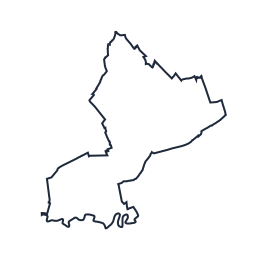 Murgeni, Vaslui, Romania, rotated 81°
{"feature_id": "2599482B64804432182882", "entity_name": "Murgeni", "entity_type": "district", "adm_level": 2, "iso_a3": "ROU", "parent_name": "Romania", "parent_adm1": "Vaslui", "projection": "robinson", "projection_center": [28.041, 46.199], "detail": "fine", "context": "isolated", "style": "outline", "palette": "slate", "viewbox_px": 256, "rotation_deg": 81, "n_neighbors": 0, "source": "geoboundaries", "source_scale": "gbopen_adm2", "svg_char_len": 5782}
<svg xmlns="http://www.w3.org/2000/svg" viewBox="0 0 256 256"><g transform="rotate(81 128 128)"><path d="M200.4,226.7L200.2,226.2L200.1,225.5L200.4,224.2L201.1,222.6L201.7,221.9L202.5,221.3L203.0,221.3L206.3,222.7L207.4,222.5L207.6,222.4L207.7,222.2L207.8,221.1L207.7,220.5L207.6,219.9L207.2,218.3L207.2,217.7L208.3,214.3L208.5,213.5L208.5,212.9L208.5,212.2L208.3,210.8L207.6,208.2L207.6,207.1L207.8,206.8L208.0,206.6L208.5,206.5L209.2,206.6L210.0,206.9L211.3,207.5L211.9,207.5L212.8,206.8L213.6,205.7L215.6,203.6L216.0,203.1L216.3,202.4L216.3,202.1L216.2,201.8L215.7,201.4L214.9,201.2L211.9,201.4L211.4,201.1L210.8,200.5L208.2,194.4L208.4,193.5L208.5,193.2L209.3,192.2L210.6,191.2L211.3,190.1L211.7,188.9L211.8,187.2L211.8,186.8L211.4,186.2L210.2,185.4L209.4,184.9L207.9,184.4L207.2,183.9L206.9,183.4L207.0,181.5L207.6,179.1L209.1,175.8L209.4,175.3L209.8,175.0L210.0,174.9L210.6,175.0L211.8,175.5L213.4,176.4L214.0,176.6L214.3,176.5L214.7,176.0L215.4,174.5L215.7,173.1L216.3,171.5L217.4,169.0L218.1,167.7L219.1,166.9L220.2,166.4L221.7,166.0L223.0,165.9L223.6,165.7L223.5,164.6L223.0,163.6L222.1,162.4L221.3,161.0L220.6,159.9L219.9,159.0L218.7,157.9L217.6,157.1L213.4,155.2L212.3,154.4L211.2,153.1L210.8,151.5L210.8,151.0L211.4,150.0L211.6,149.8L212.3,149.6L212.6,149.6L214.0,150.1L217.4,151.9L219.1,152.6L219.6,152.7L221.2,152.9L222.5,152.7L223.5,152.2L223.9,151.7L224.5,150.8L224.8,150.0L224.8,149.3L224.6,149.1L223.1,148.6L217.6,147.8L215.5,147.2L214.9,146.8L214.3,146.4L213.5,145.0L213.2,143.4L213.2,143.0L213.4,142.5L214.0,142.1L214.7,142.0L215.8,142.0L216.8,142.3L217.4,142.7L220.4,145.2L221.0,145.3L221.3,145.2L221.6,145.0L222.1,144.2L222.6,141.7L222.6,138.5L222.6,136.5L222.4,136.0L222.2,135.5L222.1,135.3L221.5,135.1L220.7,135.4L220.0,135.9L219.4,135.8L219.1,135.7L218.6,135.1L218.0,134.2L216.9,132.1L216.4,131.8L216.2,131.7L215.0,131.8L211.7,132.8L206.8,135.1L207.6,139.5L208.2,140.6L208.2,141.2L204.8,141.3L201.0,141.1L202.4,143.8L199.6,145.6L182.7,146.2L182.3,146.4L181.8,146.4L181.6,144.7L181.5,144.4L181.5,144.0L181.2,142.7L180.1,141.0L180.0,140.0L180.3,138.9L180.4,137.0L180.2,136.1L180.4,134.7L180.3,133.3L180.2,133.3L180.1,132.7L180.3,131.9L180.4,130.7L180.0,130.2L179.7,129.8L179.7,129.4L179.5,129.0L179.4,128.1L179.0,127.6L178.8,127.3L178.6,127.1L178.5,126.9L177.1,125.4L176.9,125.1L176.8,124.9L175.9,124.3L174.9,123.2L174.3,122.7L174.1,122.4L174.0,122.1L173.3,121.7L172.6,121.1L172.5,120.9L172.2,120.7L171.9,120.2L170.6,119.7L169.2,118.9L168.9,118.9L168.0,118.3L167.5,118.1L166.4,117.6L165.4,116.8L164.9,116.6L164.1,116.2L163.2,115.3L161.8,113.6L161.3,113.3L161.1,112.7L159.8,111.6L159.0,110.6L157.4,109.8L156.1,108.5L155.6,108.2L156.0,107.9L156.7,107.0L157.1,106.3L155.7,91.9L155.1,88.1L154.3,78.3L153.8,74.7L153.4,73.0L152.7,70.5L151.5,67.9L150.0,66.3L150.0,66.2L150.1,65.9L146.5,59.9L147.4,59.8L145.6,57.0L144.2,56.2L142.6,56.0L140.7,51.1L140.2,49.5L138.9,46.6L138.6,45.5L138.7,44.5L138.6,44.3L138.2,44.1L136.5,39.8L136.0,39.0L135.3,37.2L134.4,35.5L130.3,29.3L129.5,29.6L128.1,29.5L126.3,29.7L119.5,30.7L115.0,31.2L116.0,35.3L116.2,36.7L115.7,42.7L102.6,44.9L102.3,44.9L90.2,47.3L90.1,47.5L89.7,47.3L88.9,47.4L88.6,47.2L88.0,47.4L88.3,47.8L88.9,48.3L89.3,48.8L89.6,49.0L89.6,49.3L89.4,49.5L89.2,49.8L89.3,50.3L89.4,50.5L88.9,51.1L89.3,51.3L89.4,51.5L89.2,51.7L88.8,51.5L88.4,51.9L88.4,52.1L88.5,52.2L89.0,52.2L89.1,52.6L89.3,52.8L89.6,52.7L90.5,52.9L91.2,53.1L87.2,54.2L88.2,56.6L88.6,59.8L88.3,62.8L88.6,66.5L88.9,67.7L89.4,68.0L81.5,72.4L84.2,74.9L84.8,75.9L85.4,76.4L85.9,77.0L82.1,79.7L79.0,82.0L73.6,85.7L71.4,87.3L69.8,88.3L69.7,88.3L69.1,89.2L68.7,89.1L65.9,91.0L66.5,91.2L67.0,91.7L67.4,91.7L67.6,91.5L67.9,91.6L67.8,91.8L68.0,92.0L68.4,92.0L69.1,92.4L69.0,92.7L68.8,92.8L69.0,93.0L69.3,93.1L69.6,93.0L70.1,93.2L70.3,93.2L70.5,93.4L70.9,93.6L71.1,93.6L71.5,94.0L71.8,94.0L72.1,94.4L71.7,94.9L71.2,95.1L69.5,96.6L68.2,97.4L67.6,99.1L67.5,99.8L67.6,100.4L66.8,100.3L66.3,100.0L66.0,100.0L63.2,100.3L62.5,100.7L61.2,101.2L60.3,101.7L59.8,99.1L53.1,104.2L47.9,106.0L49.1,107.9L49.7,107.6L50.1,108.3L50.7,108.8L50.8,109.4L50.6,109.6L47.7,111.1L45.7,112.0L39.9,115.6L38.7,116.1L37.2,116.4L35.6,116.5L35.5,117.9L35.4,119.6L35.4,120.3L35.2,121.1L34.5,122.0L33.4,123.2L32.6,123.9L31.5,124.4L31.2,124.7L31.2,125.5L31.3,125.6L31.7,125.6L32.4,125.5L33.9,126.1L36.1,127.2L37.9,128.3L38.8,129.3L39.1,130.2L40.1,130.8L40.2,131.1L40.2,131.7L40.5,132.1L41.7,132.7L42.9,133.0L42.2,134.2L42.2,134.4L43.3,134.9L46.0,135.4L46.6,135.8L47.1,135.7L51.3,136.2L53.1,136.3L53.5,137.0L53.9,137.6L54.1,138.1L54.5,138.6L54.5,139.0L54.8,139.2L54.8,139.4L55.1,139.6L55.4,139.7L55.4,139.9L55.7,140.1L56.1,140.6L56.7,140.9L63.0,141.1L65.7,140.7L68.5,140.0L69.0,140.4L69.5,141.0L71.5,143.2L71.9,143.9L72.2,144.7L72.3,144.8L74.9,146.6L75.7,146.8L76.8,147.8L78.1,148.2L79.8,149.6L81.3,150.7L82.2,151.6L84.1,153.2L84.5,152.9L88.7,157.7L88.8,157.0L90.0,156.5L93.5,160.5L94.3,161.5L94.7,161.8L96.0,161.4L101.4,157.6L116.0,149.3L117.9,151.4L119.4,152.8L123.1,151.6L124.3,151.3L124.2,150.4L124.6,150.5L127.9,150.1L128.2,150.3L128.6,151.0L128.9,151.2L134.3,149.9L138.2,148.8L138.2,148.5L138.3,148.5L139.8,148.0L140.9,148.6L141.3,148.6L142.1,148.3L142.3,148.0L142.4,147.6L145.0,147.3L145.8,151.4L147.7,151.0L147.9,151.8L147.5,151.9L147.3,152.1L146.9,152.8L147.0,153.3L147.1,153.7L147.8,153.8L151.8,152.7L150.9,159.3L149.5,169.7L149.5,170.3L149.8,171.0L146.1,171.5L148.0,177.2L148.0,177.6L148.4,178.2L148.4,178.8L149.0,180.1L149.0,180.6L149.7,182.3L150.7,185.3L154.4,197.2L155.7,201.0L156.1,201.7L157.0,203.6L157.9,204.1L158.7,204.4L164.8,211.3L165.5,216.0L182.1,216.5L186.6,216.6L187.4,216.8L188.9,217.5L189.0,217.6L188.9,217.9L189.3,218.0L189.4,217.7L190.1,217.0L190.2,216.8L200.3,221.4L199.9,221.9L198.9,224.2L198.5,226.5L200.4,226.7Z" fill="none" stroke="#1e293b" stroke-width="2"/></g></svg>